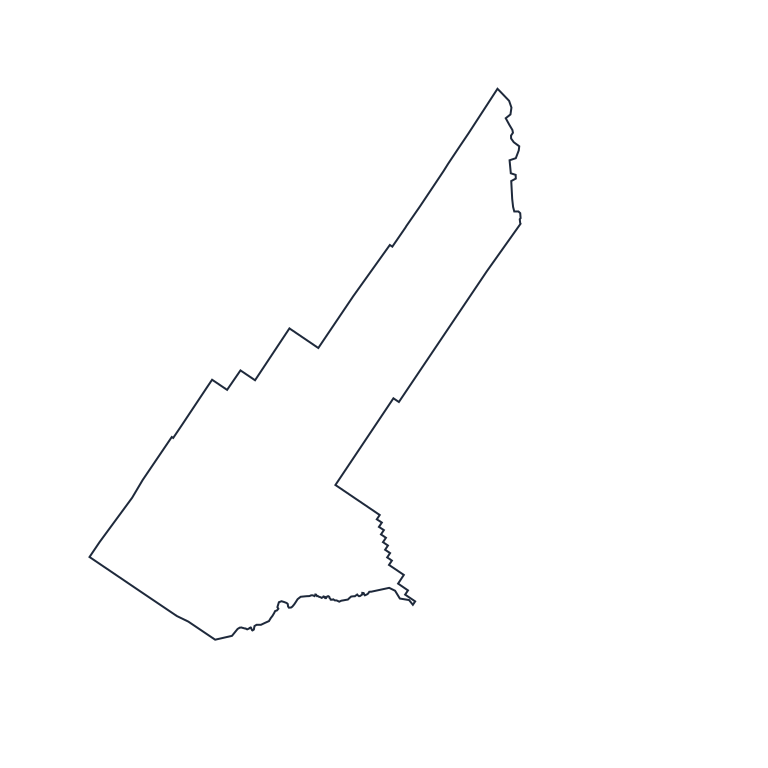 the district of Gallatin, Montana, United States of America, rotated 214°
{"feature_id": "52423323B38273154408522", "entity_name": "Gallatin", "entity_type": "district", "adm_level": 2, "iso_a3": "USA", "parent_name": "United States of America", "parent_adm1": "Montana", "projection": "robinson", "projection_center": [-111.391, 45.336], "detail": "fine", "context": "isolated", "style": "outline", "palette": "slate", "viewbox_px": 768, "rotation_deg": 214, "n_neighbors": 0, "source": "geoboundaries", "source_scale": "gbopen_adm2", "svg_char_len": 2531}
<svg xmlns="http://www.w3.org/2000/svg" viewBox="0 0 768 768"><g transform="rotate(214 384 384)"><path d="M531.4,75.9L471.0,75.8L451.2,75.8L426.0,75.8L413.4,77.6L392.8,77.6L381.0,77.6L369.2,90.2L368.4,99.1L367.3,101.4L366.6,101.9L366.1,102.4L365.0,102.7L364.2,103.0L363.2,103.3L362.4,103.6L362.1,103.9L361.7,104.0L361.0,103.9L360.2,104.1L359.1,105.9L359.0,106.7L358.5,107.1L358.3,107.6L357.6,107.4L357.0,106.8L356.4,106.6L355.9,106.2L355.3,106.1L355.1,106.4L354.6,107.7L356.0,110.9L355.0,113.1L351.4,115.5L349.1,119.4L346.8,123.1L347.0,126.6L346.8,129.3L347.0,132.8L347.3,134.8L346.1,136.5L345.9,138.6L347.6,139.4L349.1,144.3L347.5,146.6L344.9,147.4L342.3,148.0L340.8,147.8L339.1,145.9L337.7,145.4L336.0,146.8L335.5,148.2L335.2,151.1L335.2,153.6L335.3,157.3L334.1,161.0L331.7,163.0L329.5,164.8L327.2,166.5L326.2,168.1L324.8,169.0L323.0,169.3L323.0,170.5L323.2,171.1L322.4,171.4L321.9,171.0L320.9,170.7L320.4,171.2L319.2,171.2L317.1,171.8L316.1,171.8L315.4,173.1L315.4,174.0L313.8,174.5L313.6,173.8L313.0,173.6L312.3,174.1L312.4,174.8L312.2,176.3L311.4,177.0L310.3,176.9L309.6,176.2L308.2,175.9L307.6,175.4L306.4,176.1L305.7,177.1L303.8,177.1L302.2,178.1L299.4,178.5L298.2,180.5L296.4,182.2L295.0,183.6L293.4,185.1L293.0,187.1L292.4,189.4L290.9,190.7L289.4,191.8L289.2,192.8L288.6,193.7L288.5,194.4L287.8,194.2L286.1,194.1L285.3,194.8L284.4,197.2L284.8,198.0L285.2,198.7L284.0,199.3L283.3,198.9L283.0,198.5L281.7,198.1L281.1,199.0L280.2,200.6L280.0,201.7L280.0,203.5L278.9,204.4L278.6,204.5L265.7,217.9L259.2,218.8L250.9,215.0L242.4,218.9L236.6,217.1L236.6,221.2L248.7,221.2L248.7,226.3L260.7,226.4L260.8,236.8L278.7,236.8L278.7,242.0L284.4,242.0L284.4,247.2L290.4,247.2L290.4,252.3L296.4,252.3L296.4,257.6L302.4,257.6L302.4,262.8L308.3,262.7L308.3,267.9L314.3,267.8L314.3,273.0L367.8,273.1L368.2,377.4L361.6,377.4L361.8,534.9L360.4,593.2L361.1,593.6L363.6,596.5L363.5,597.9L366.6,601.8L369.1,602.2L372.5,599.9L376.0,603.0L381.2,609.1L392.0,623.4L389.6,628.0L391.8,631.0L396.7,629.6L405.0,639.7L401.0,644.9L402.9,653.0L404.8,656.7L411.6,657.0L415.9,658.6L417.6,661.0L417.6,664.4L419.6,666.4L425.1,669.0L431.7,672.4L429.9,678.2L432.9,684.4L438.6,688.7L450.5,691.3L455.0,692.2L454.1,639.0L454.1,624.0L454.0,602.6L453.7,593.7L453.5,551.3L453.8,527.0L453.7,526.2L453.9,502.5L456.9,502.5L458.6,439.8L458.6,377.1L493.5,377.2L493.0,315.0L510.6,315.0L510.8,291.4L528.9,291.4L528.9,283.3L528.7,251.6L528.6,236.9L528.6,221.4L530.3,221.4L530.4,169.5L529.2,148.9L531.4,94.1L531.4,75.9Z" fill="none" stroke="#1e293b" stroke-width="2"/></g></svg>